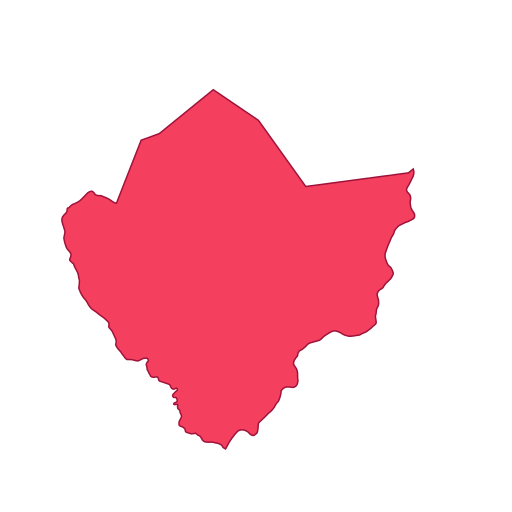 Concepcion del Norte, Santa Bárbara, Honduras (Mercator projection), rotated 340°
{"feature_id": "27666195B83533862193287", "entity_name": "Concepcion del Norte", "entity_type": "district", "adm_level": 2, "iso_a3": "HND", "parent_name": "Honduras", "parent_adm1": "Santa Bárbara", "projection": "mercator", "projection_center": [-88.152, 15.199], "detail": "fine", "context": "isolated", "style": "filled", "palette": "rose", "viewbox_px": 512, "rotation_deg": 340, "n_neighbors": 0, "source": "geoboundaries", "source_scale": "gbopen_adm2", "svg_char_len": 6072}
<svg xmlns="http://www.w3.org/2000/svg" viewBox="0 0 512 512"><g transform="rotate(340 256 256)"><path d="M433.5,228.0L427.7,230.0L326.5,207.7L304.7,129.4L272.7,85.1L207.0,107.9L187.7,107.9L143.0,158.6L142.4,158.3L141.6,157.8L140.2,156.4L138.3,153.6L137.0,152.0L135.5,150.4L133.1,148.2L131.7,146.9L130.7,146.2L130.3,146.0L129.0,145.5L128.3,145.2L127.3,144.6L126.5,144.0L126.1,143.5L125.9,143.0L125.7,142.6L125.6,141.9L125.4,141.3L125.1,140.7L124.9,140.3L124.2,139.1L123.9,139.0L123.5,138.9L122.6,138.7L121.5,138.7L120.3,138.9L119.2,139.2L118.4,139.6L113.7,141.9L111.0,143.2L109.9,143.6L108.9,144.0L107.3,144.3L105.3,144.6L103.0,144.8L101.3,144.8L100.9,144.9L99.9,145.2L98.9,145.5L97.7,146.2L97.0,146.5L96.5,146.6L95.8,146.5L95.4,146.6L95.0,146.9L94.6,147.3L94.4,147.8L94.1,148.5L94.0,148.9L93.6,149.3L93.1,149.9L92.1,150.6L91.6,150.9L89.9,151.6L89.0,152.2L88.0,152.8L87.5,153.2L87.0,153.8L86.6,154.4L86.2,155.1L86.0,155.7L85.7,156.3L85.6,157.1L85.4,157.8L85.3,160.2L85.0,166.3L84.9,167.2L84.8,167.9L84.7,168.2L81.8,173.0L81.6,173.4L81.5,174.0L81.2,175.6L80.9,177.6L80.8,179.9L80.7,182.2L80.8,183.4L81.0,184.8L81.2,185.4L82.0,187.3L82.4,188.5L82.7,190.1L82.8,190.9L82.6,191.6L82.2,192.4L81.3,193.7L80.1,195.0L79.7,195.7L79.5,196.4L81.1,199.7L81.9,201.0L81.8,202.9L82.0,205.4L82.4,207.7L82.7,210.5L82.6,212.9L82.0,215.9L81.8,218.4L81.1,220.1L79.7,223.3L78.5,225.5L78.5,227.9L78.6,230.1L78.9,232.7L79.4,234.9L79.8,236.5L80.5,238.2L81.1,239.9L81.5,241.9L81.8,244.0L82.3,246.3L83.0,248.3L83.8,250.0L86.8,254.2L88.8,257.6L91.9,262.1L94.1,266.4L94.8,268.3L94.6,269.5L94.3,270.5L93.6,271.7L93.4,272.8L94.9,276.8L95.2,278.7L95.8,286.1L95.5,288.4L94.7,289.9L93.8,291.4L93.9,293.4L94.7,296.4L96.1,299.8L96.9,303.1L97.8,305.6L98.0,306.8L99.1,309.0L100.3,309.5L103.6,310.8L105.5,312.0L107.6,313.5L109.6,314.3L114.8,313.7L117.7,314.3L118.8,315.0L119.2,316.1L119.0,317.7L116.7,319.1L115.7,320.5L115.6,321.9L115.5,323.1L114.9,325.8L115.2,327.0L115.4,329.7L115.8,331.5L115.8,332.7L116.4,333.6L116.8,334.1L118.1,334.9L119.3,335.2L120.1,335.3L121.9,335.9L122.3,336.5L122.2,339.7L122.8,340.8L124.1,341.7L127.4,344.4L129.2,345.8L130.4,346.8L131.1,348.1L131.1,349.7L131.5,351.5L132.6,352.8L133.7,353.1L135.3,352.9L135.8,352.9L136.3,353.2L136.6,354.2L136.0,355.2L135.2,355.6L134.2,355.9L132.4,356.8L130.8,357.6L130.0,358.4L129.8,359.8L130.4,360.8L131.6,361.3L132.5,361.8L132.8,362.8L132.7,363.8L132.7,364.5L132.0,365.8L130.5,366.1L128.8,366.2L128.0,366.9L128.4,367.7L129.1,367.9L130.4,368.2L130.8,368.3L131.5,368.7L131.2,369.8L130.6,371.0L130.4,372.8L131.5,374.6L131.5,375.6L131.3,376.4L131.1,378.1L131.5,379.3L131.0,381.6L130.2,382.5L128.6,383.9L127.1,385.4L126.1,387.6L126.0,389.0L126.8,390.1L128.8,391.8L130.1,394.1L130.0,395.4L129.7,395.9L130.1,397.7L131.4,398.7L132.4,399.4L134.2,400.9L136.7,401.6L138.6,401.9L139.4,403.1L139.9,404.2L140.5,404.8L141.7,406.0L142.5,408.9L142.6,410.3L143.2,411.6L144.3,413.1L146.9,414.4L149.7,415.4L151.7,416.2L154.5,418.1L156.1,418.9L158.8,421.6L159.4,423.4L159.6,424.7L161.4,426.9L165.1,423.6L166.9,422.0L168.6,420.7L171.0,419.0L174.9,416.5L177.1,415.3L178.1,414.8L178.7,414.5L179.3,414.3L180.2,414.2L181.0,414.1L181.8,414.2L182.5,414.3L183.3,414.5L184.5,415.1L185.2,415.5L186.1,416.2L186.8,416.8L187.2,417.3L188.1,418.3L188.6,419.3L189.2,420.8L189.9,421.9L190.8,423.0L191.4,423.4L191.9,423.7L192.2,423.8L192.6,423.8L193.0,423.8L193.6,423.7L194.4,423.4L195.9,422.9L196.3,422.7L196.7,422.3L197.3,421.5L197.9,420.6L198.7,419.1L200.3,415.6L201.1,414.0L201.2,413.9L202.5,413.2L209.0,410.4L213.4,408.3L214.6,407.8L216.6,407.1L217.9,406.5L219.0,405.9L220.5,405.0L222.0,403.9L223.6,402.4L224.4,401.9L225.2,401.3L226.8,400.5L227.3,400.2L228.1,399.4L229.0,398.4L229.7,397.6L231.3,395.4L232.6,393.3L233.2,391.9L233.5,391.4L233.8,391.0L234.4,390.7L235.3,390.2L236.7,389.7L237.9,389.4L238.5,389.3L239.1,389.4L239.7,389.5L241.4,390.1L242.5,390.5L243.6,391.0L244.8,391.7L245.2,391.9L245.7,392.1L246.2,392.2L247.0,392.3L247.8,392.2L248.9,391.9L249.7,391.5L250.5,390.9L251.1,390.2L251.9,389.1L252.5,388.1L252.9,387.0L253.6,384.2L254.0,383.1L254.6,381.5L254.9,380.6L255.1,379.9L255.4,378.0L255.5,376.6L255.4,375.5L254.7,372.9L254.4,371.1L254.4,370.6L254.4,370.2L254.5,369.8L254.7,369.4L255.1,368.7L255.6,368.0L256.1,367.3L256.7,366.8L257.8,366.0L259.0,365.1L260.4,364.4L260.9,363.9L261.2,363.5L261.5,362.7L261.8,362.2L263.8,360.3L264.1,360.1L264.3,360.0L264.8,359.9L265.7,359.8L266.5,359.7L267.6,359.5L269.8,358.7L271.3,358.2L272.1,357.8L273.5,357.0L274.2,356.7L274.9,356.5L275.7,356.3L276.5,356.2L277.6,356.2L283.9,356.7L286.1,356.9L286.9,356.9L287.9,356.6L289.1,356.2L290.2,355.7L291.8,354.9L293.1,354.5L296.4,353.7L298.1,353.4L300.9,352.9L302.1,352.9L303.3,352.9L304.1,353.2L305.0,353.6L305.9,354.1L307.1,355.1L308.4,356.2L309.4,357.3L310.7,359.0L311.9,360.3L313.0,361.2L314.0,361.9L314.7,362.4L315.9,363.2L316.5,363.4L317.3,363.7L318.6,364.1L320.5,364.5L323.1,365.0L325.2,365.5L326.0,365.6L326.9,365.6L327.9,365.4L329.1,365.1L329.7,365.2L330.5,365.1L332.4,365.0L333.6,364.9L334.5,364.7L337.1,363.9L339.4,363.2L340.0,362.9L341.4,362.2L344.2,361.2L345.0,360.8L345.5,360.6L345.7,360.3L345.9,360.1L346.3,359.3L346.6,358.0L347.4,354.2L347.6,353.5L348.0,352.8L348.3,352.2L348.9,351.6L349.1,351.2L350.0,349.3L351.2,347.1L351.6,346.7L352.7,345.7L354.0,344.3L354.5,343.6L355.1,342.4L355.6,340.9L356.1,338.8L356.2,337.9L356.2,336.7L356.4,334.2L357.3,332.4L359.0,330.9L361.1,330.0L363.0,329.7L364.6,329.1L366.1,327.8L368.5,326.2L372.0,324.7L374.4,323.6L376.3,322.3L378.6,320.1L379.2,318.7L379.2,315.9L378.7,312.8L377.9,311.5L377.0,309.6L376.7,306.6L376.7,303.3L377.1,300.4L378.2,297.9L380.2,295.4L383.7,291.2L386.3,288.5L389.6,284.9L392.8,282.3L395.0,279.5L397.3,277.9L400.6,276.4L404.5,275.9L407.9,275.6L410.8,275.7L413.3,275.3L416.0,275.0L417.5,274.4L418.4,273.5L419.2,271.5L419.2,269.8L418.5,267.1L418.0,263.8L418.6,260.7L419.3,257.8L420.4,256.2L421.2,254.5L421.4,253.3L421.6,251.5L420.7,249.0L420.0,247.3L420.0,245.4L421.1,243.7L423.4,241.9L426.4,239.2L428.9,236.7L431.1,234.7L432.5,232.5L433.2,230.8L433.5,228.0Z" fill="#f43f5e" stroke="#9f1239" stroke-width="1.5"/></g></svg>